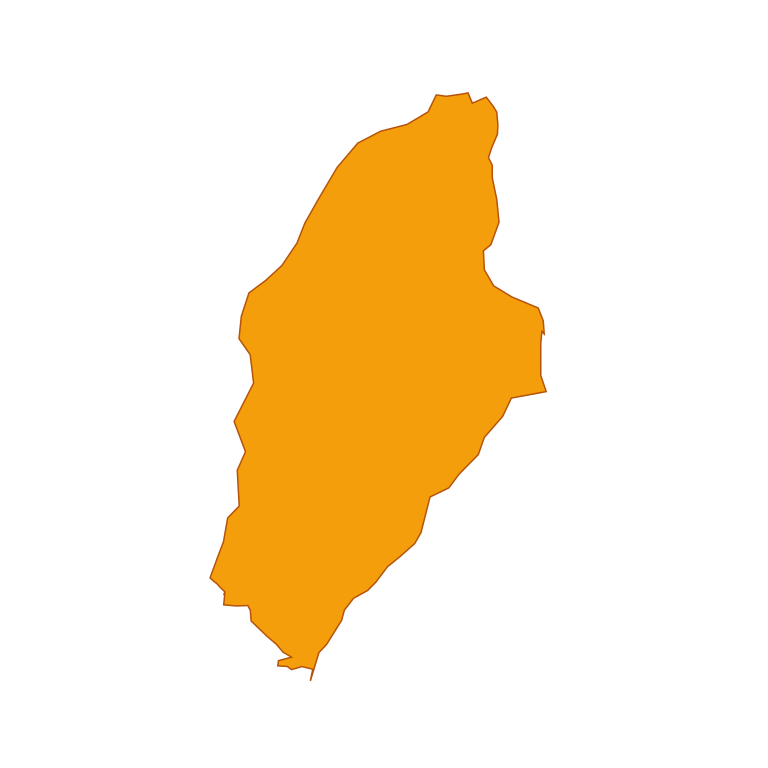 outline of Lageia, Larnaca, Cyprus, rotated 198°
{"feature_id": "46923920B26472035314494", "entity_name": "Lageia", "entity_type": "district", "adm_level": 2, "iso_a3": "CYP", "parent_name": "Cyprus", "parent_adm1": "Larnaca", "projection": "natural_earth1", "projection_center": [33.242, 34.839], "detail": "fine", "context": "isolated", "style": "filled", "palette": "amber", "viewbox_px": 768, "rotation_deg": 198, "n_neighbors": 0, "source": "geoboundaries", "source_scale": "gbopen_adm2", "svg_char_len": 1288}
<svg xmlns="http://www.w3.org/2000/svg" viewBox="0 0 768 768"><g transform="rotate(198 384 384)"><path d="M362.3,79.6L362.9,108.5L358.1,118.7L351.3,146.0L351.8,156.8L346.7,170.9L335.8,182.5L330.5,193.1L324.2,211.3L315.2,225.2L305.5,241.7L302.9,254.0L305.3,290.8L290.3,305.2L284.6,321.8L272.5,346.0L272.1,364.2L261.1,390.0L258.5,410.0L227.4,426.9L237.5,440.5L247.3,470.5L250.1,482.8L247.1,481.1L252.1,493.4L260.8,503.9L289.3,506.3L310.0,511.2L323.9,523.7L330.6,541.4L325.4,549.5L324.6,573.4L333.8,594.4L344.7,613.5L348.7,625.6L354.6,631.6L354.6,641.9L353.3,656.6L355.8,665.7L360.7,677.3L365.7,681.7L375.4,688.4L386.8,678.4L394.0,686.8L400.5,683.3L413.6,676.9L423.6,675.1L426.2,656.4L442.4,637.9L465.2,623.5L483.4,605.0L495.5,575.5L503.6,539.2L509.0,512.5L510.3,491.2L517.7,465.2L528.5,446.0L540.6,428.9L540.6,404.2L535.9,382.3L520.4,370.6L518.6,366.8L508.3,344.6L515.0,302.1L494.8,276.8L496.9,256.6L484.0,223.2L491.3,208.3L487.9,184.2L488.7,168.9L489.5,145.8L485.2,143.9L481.1,142.4L476.9,139.9L471.2,137.2L471.2,134.8L470.6,135.3L468.2,124.4L456.2,127.2L445.0,131.2L441.2,127.4L437.1,117.5L416.8,107.7L405.9,103.2L397.2,97.8L387.5,95.6L398.9,88.3L397.9,83.1L388.7,85.5L383.7,83.8L374.7,89.9L363.6,90.7L362.4,79.6L362.3,79.6Z" fill="#f59e0b" stroke="#b45309" stroke-width="1.5"/></g></svg>